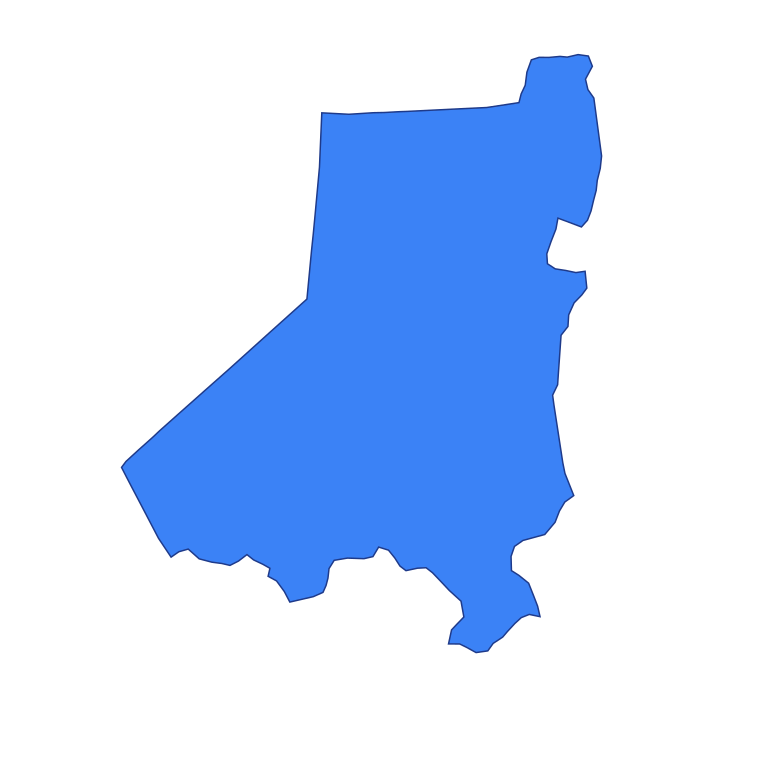 the district of São Gonçalo dos Campos, Bahia, Brazil, rotated 257°
{"feature_id": "56859067B25678921595357", "entity_name": "São Gonçalo dos Campos", "entity_type": "district", "adm_level": 2, "iso_a3": "BRA", "parent_name": "Brazil", "parent_adm1": "Bahia", "projection": "orthographic", "projection_center": [-38.961, -12.408], "detail": "fine", "context": "isolated", "style": "filled", "palette": "blue", "viewbox_px": 768, "rotation_deg": 257, "n_neighbors": 0, "source": "geoboundaries", "source_scale": "gbopen_adm2", "svg_char_len": 1827}
<svg xmlns="http://www.w3.org/2000/svg" viewBox="0 0 768 768"><g transform="rotate(257 384 384)"><path d="M122.2,483.7L133.0,483.7L143.6,482.2L157.4,480.1L167.2,472.4L173.5,466.2L187.4,469.0L196.4,474.6L200.3,484.2L201.2,506.8L210.8,519.6L220.8,526.4L228.3,533.6L232.6,543.8L256.2,540.2L267.0,540.5L325.7,544.9L335.2,545.8L344.2,553.0L354.8,556.2L391.7,567.5L398.7,576.2L409.8,579.5L420.3,587.5L426.3,596.8L431.8,603.2L439.9,604.2L448.6,605.3L449.4,596.0L453.7,586.7L457.7,576.7L464.4,570.3L474.2,571.9L485.2,578.8L496.3,586.4L506.5,590.8L492.6,611.7L497.8,619.1L506.1,624.7L515.6,629.4L524.9,634.3L534.4,637.6L545.4,643.2L557.2,647.3L615.4,652.8L625.0,648.9L635.7,648.9L646.7,658.5L657.6,656.9L661.3,647.2L661.3,636.1L663.6,629.2L665.1,618.2L667.4,608.6L666.7,600.5L655.7,593.4L643.3,588.8L635.8,582.9L627.8,578.8L630.3,546.2L635.0,520.2L644.4,467.8L645.9,460.1L648.4,445.7L650.7,434.7L654.7,410.5L662.2,384.4L609.8,369.9L564.6,355.0L546.6,349.0L529.7,343.2L484.1,328.0L460.5,285.3L433.7,237.0L417.3,206.8L401.1,177.1L389.0,155.0L383.8,146.1L375.2,130.4L370.4,121.9L366.6,115.2L361.8,109.5L351.1,112.2L339.5,115.2L321.2,120.0L284.3,129.6L263.2,137.6L266.7,146.4L267.2,156.1L255.2,164.6L249.1,176.2L245.6,185.6L241.9,193.1L244.2,202.4L248.6,212.1L241.9,217.4L235.6,225.4L230.1,231.4L222.7,227.8L216.3,235.0L204.2,240.2L192.7,243.2L192.7,252.4L192.7,267.3L194.7,277.7L200.7,282.2L207.4,285.7L216.5,288.9L223.4,295.8L222.6,309.2L218.3,325.2L218.3,334.4L226.3,342.1L221.1,351.0L212.0,355.4L203.0,358.6L197.2,363.4L197.0,375.2L195.5,383.7L189.2,388.8L179.1,394.8L168.1,401.2L155.1,410.2L139.0,409.4L133.5,400.9L129.2,394.5L116.2,388.4L113.7,399.2L109.1,404.9L101.6,413.3L100.6,425.1L106.7,432.0L110.7,442.7L115.0,448.5L121.2,457.6L125.5,465.2L126.8,473.7L122.2,483.7Z" fill="#3b82f6" stroke="#1e3a8a" stroke-width="1.5"/></g></svg>